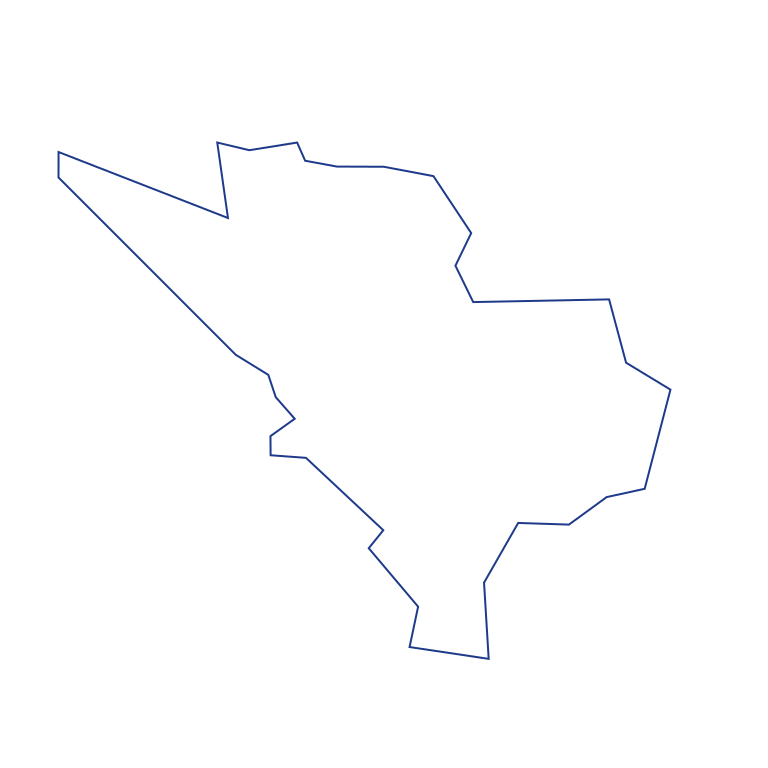 Bagdad, Ferghana, Uzbekistan (Equal Earth projection), rotated 79°
{"feature_id": "79887680B98811003326112", "entity_name": "Bagdad", "entity_type": "district", "adm_level": 2, "iso_a3": "UZB", "parent_name": "Uzbekistan", "parent_adm1": "Ferghana", "projection": "equal_earth", "projection_center": [71.205, 40.489], "detail": "fine", "context": "isolated", "style": "outline", "palette": "blue", "viewbox_px": 768, "rotation_deg": 79, "n_neighbors": 0, "source": "geoboundaries", "source_scale": "gbopen_adm2", "svg_char_len": 584}
<svg xmlns="http://www.w3.org/2000/svg" viewBox="0 0 768 768"><g transform="rotate(79 384 384)"><path d="M647.1,409.1L673.8,333.7L598.1,323.7L546.0,278.8L557.3,229.3L537.5,187.0L536.6,148.1L444.2,103.9L409.3,142.3L343.9,146.9L330.6,223.4L320.6,280.8L281.5,291.3L252.5,269.6L189.4,295.8L170.7,342.8L161.6,388.7L149.8,418.8L130.4,423.2L128.8,471.6L115.2,501.6L191.3,505.5L94.2,659.2L119.2,664.1L327.1,523.9L353.0,495.8L376.2,492.8L401.1,478.3L413.5,505.4L432.3,508.9L441.6,474.7L527.4,412.6L542.3,430.3L609.1,393.0L647.1,409.1Z" fill="none" stroke="#1e3a8a" stroke-width="2"/></g></svg>